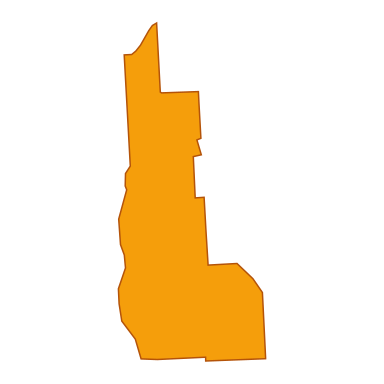 outline of Cayuga, New York, United States of America
{"feature_id": "52423323B60491080416719", "entity_name": "Cayuga", "entity_type": "district", "adm_level": 2, "iso_a3": "USA", "parent_name": "United States of America", "parent_adm1": "New York", "projection": "orthographic", "projection_center": [-76.569, 43.019], "detail": "fine", "context": "isolated", "style": "filled", "palette": "amber", "viewbox_px": 384, "rotation_deg": 0, "n_neighbors": 0, "source": "geoboundaries", "source_scale": "gbopen_adm2", "svg_char_len": 626}
<svg xmlns="http://www.w3.org/2000/svg" viewBox="0 0 384 384"><path d="M141.1,358.9L157.3,359.5L205.6,357.2L205.7,361.0L265.6,358.7L265.6,357.9L262.6,296.4L262.4,292.5L252.9,278.7L237.0,263.5L208.1,265.1L205.9,229.7L204.1,197.3L195.2,197.9L193.3,156.6L201.3,154.8L196.9,139.9L200.9,138.3L199.0,103.9L198.4,91.6L161.6,92.9L160.3,92.1L156.6,23.0L152.4,25.5L148.8,30.6L140.5,45.2L135.8,51.1L131.7,54.5L124.2,54.9L130.3,166.1L125.5,173.5L125.2,186.0L126.7,189.8L118.7,219.1L120.5,244.6L124.3,255.0L125.5,268.0L118.4,288.8L119.1,303.8L121.8,321.1L135.3,339.1L141.1,358.9Z" fill="#f59e0b" stroke="#b45309" stroke-width="1.5"/></svg>